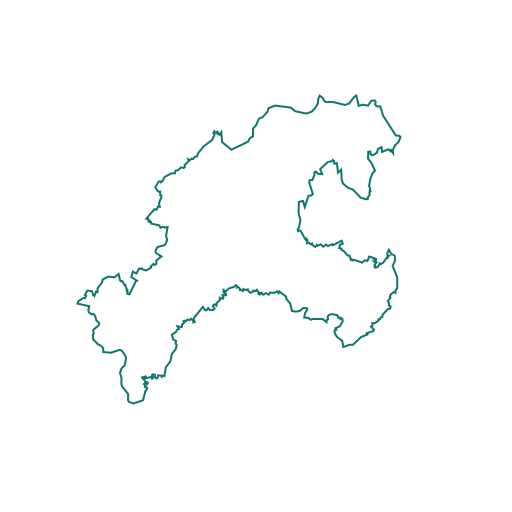 Huejutla de Reyes, Hidalgo, Mexico, rotated 147°
{"feature_id": "50627088B61765776713895", "entity_name": "Huejutla de Reyes", "entity_type": "district", "adm_level": 2, "iso_a3": "MEX", "parent_name": "Mexico", "parent_adm1": "Hidalgo", "projection": "albers", "projection_center": [-98.458, 21.143], "detail": "fine", "context": "isolated", "style": "outline", "palette": "teal", "viewbox_px": 512, "rotation_deg": 147, "n_neighbors": 0, "source": "geoboundaries", "source_scale": "gbopen_adm2", "svg_char_len": 6137}
<svg xmlns="http://www.w3.org/2000/svg" viewBox="0 0 512 512"><g transform="rotate(147 256 256)"><path d="M397.3,319.8L399.4,317.8L406.4,315.2L408.6,312.1L409.7,313.2L413.0,310.7L412.9,311.5L413.9,311.7L412.7,315.8L416.3,318.9L420.7,316.6L420.2,315.1L422.3,313.8L423.9,314.8L429.3,314.9L431.6,313.3L423.2,304.7L425.9,302.3L426.9,299.9L425.8,296.8L423.8,295.9L423.6,293.2L425.0,289.0L424.0,285.2L425.6,283.6L432.9,282.7L434.4,279.2L435.7,278.9L437.9,275.2L436.8,268.5L435.0,265.3L434.4,261.9L436.4,258.6L430.4,253.9L421.4,251.5L420.1,249.7L419.9,244.0L420.5,241.2L425.5,235.9L430.2,234.9L433.8,231.9L435.2,227.1L438.7,221.8L439.3,219.5L438.4,209.8L442.0,204.6L441.9,202.8L439.2,199.1L429.3,196.5L422.6,202.8L419.6,203.9L419.3,205.2L420.4,206.5L419.5,206.9L419.8,209.6L417.9,210.0L417.3,207.8L415.9,208.4L415.9,209.2L416.9,209.1L417.3,213.0L416.3,213.8L417.6,214.3L417.7,216.2L414.2,215.2L414.5,213.2L409.6,211.7L410.0,209.7L408.9,209.9L408.0,212.8L406.7,212.9L405.5,211.3L406.8,209.9L406.2,207.6L405.1,207.4L403.2,209.2L400.8,207.5L400.9,206.0L399.6,206.6L398.2,205.2L392.4,211.7L385.4,214.2L379.8,219.7L373.9,221.7L371.0,224.6L371.2,226.3L369.3,228.2L370.9,230.9L369.6,235.7L364.2,236.0L362.6,237.2L360.4,236.7L360.2,239.9L357.0,236.8L355.0,239.0L353.0,239.0L352.2,240.9L351.1,240.7L350.7,239.4L347.9,240.0L346.9,238.4L344.6,238.8L343.9,235.4L344.7,234.5L343.4,234.0L342.9,236.7L341.7,237.9L328.2,242.3L328.2,238.5L326.8,237.4L324.5,238.4L324.0,235.5L321.0,234.0L319.2,234.7L319.6,237.4L318.2,238.1L316.7,237.9L316.3,236.0L314.1,238.0L310.0,238.9L309.0,240.7L307.1,238.2L305.9,238.7L305.5,241.4L302.5,239.4L301.8,240.9L303.1,243.1L301.7,245.2L300.7,242.8L295.9,243.5L291.5,242.1L288.7,242.5L288.1,240.0L288.8,239.8L287.6,239.1L287.3,237.2L288.0,236.1L286.2,235.0L286.3,233.8L284.9,233.9L284.5,234.9L282.9,233.0L281.1,232.5L281.6,231.5L280.8,228.2L277.3,227.6L277.0,228.4L275.4,226.8L273.7,227.2L273.6,223.9L274.6,223.1L273.9,221.7L272.5,222.7L271.4,222.3L271.7,220.7L270.7,219.4L268.0,219.6L266.3,216.6L264.2,217.7L260.9,215.2L257.5,214.8L257.2,212.5L255.7,213.5L252.9,205.5L253.9,203.4L253.2,197.4L255.8,190.4L252.9,187.6L249.0,186.1L244.5,186.6L241.7,184.3L242.1,183.1L245.8,181.5L249.1,178.2L245.8,175.6L244.7,172.6L243.0,172.5L234.3,166.7L232.9,162.1L231.6,163.7L230.0,163.7L229.0,166.0L227.4,166.8L224.2,166.1L220.0,162.1L220.5,159.1L219.3,158.9L219.5,157.1L218.3,157.3L217.7,156.4L218.7,154.1L224.1,151.4L228.6,152.1L228.8,150.5L229.6,151.1L231.3,150.1L232.1,147.1L232.2,144.2L229.9,138.0L232.3,132.0L226.5,130.8L222.9,128.8L212.0,130.8L205.3,129.5L205.2,131.0L198.6,129.1L197.2,130.0L198.0,134.2L196.3,134.2L195.0,136.4L193.2,135.0L188.8,135.0L187.8,136.2L186.4,135.4L184.8,136.6L183.2,136.1L182.0,137.8L174.3,139.6L172.0,138.8L170.6,140.4L171.6,142.0L170.2,143.7L169.9,146.5L165.9,147.9L165.9,149.0L163.8,150.5L160.1,150.6L159.0,149.1L158.0,150.9L154.9,152.3L149.2,161.2L146.8,173.3L142.0,176.3L139.8,180.0L139.6,181.2L141.5,184.1L141.2,188.8L144.7,186.6L145.2,184.7L144.4,183.8L146.1,183.9L146.4,182.7L148.2,183.1L152.7,181.2L155.8,181.3L156.2,182.2L159.9,180.5L162.1,181.0L162.6,182.2L161.3,183.0L161.5,183.7L159.5,184.7L159.7,186.1L158.8,185.7L159.5,186.9L158.5,186.4L157.7,187.1L158.3,187.8L157.3,188.4L158.8,189.5L158.1,190.0L161.4,193.9L165.2,191.1L166.9,193.0L170.5,192.6L175.7,199.3L177.2,199.5L177.6,201.5L178.5,201.2L177.4,205.4L179.0,206.7L179.6,212.1L181.0,214.5L180.3,215.5L181.9,217.2L179.6,219.7L176.5,219.0L175.9,222.2L184.7,223.0L185.7,223.4L185.4,224.3L190.4,225.2L191.0,227.4L194.6,227.2L195.3,230.6L198.8,231.0L199.0,232.3L201.5,231.4L202.8,234.8L202.2,235.9L203.8,236.1L204.4,238.4L206.3,238.9L204.2,241.6L205.2,241.9L204.5,243.4L205.5,243.5L204.9,252.5L205.6,253.7L207.1,253.8L206.8,255.4L204.4,256.6L199.3,261.7L196.8,269.0L190.6,278.0L186.6,276.6L188.4,270.5L179.3,277.9L176.6,276.7L174.6,277.0L171.2,289.0L169.5,290.3L167.5,289.0L162.8,292.1L161.6,294.2L160.1,294.4L158.9,290.7L156.0,288.6L154.8,293.9L144.8,295.7L140.0,294.0L139.4,294.7L138.9,293.5L140.0,290.7L137.6,289.8L141.9,281.2L137.6,282.0L142.6,273.2L143.6,269.3L141.5,262.8L138.5,258.8L136.5,248.0L132.6,243.4L131.0,243.0L130.7,244.0L127.2,245.6L126.3,247.5L124.8,247.8L125.1,248.9L123.9,249.6L122.9,253.3L118.1,258.4L113.3,261.8L109.7,262.8L108.5,271.7L109.0,276.6L105.2,282.2L103.3,281.4L104.6,278.7L103.1,276.8L98.5,276.8L95.1,279.4L91.5,278.9L93.6,274.6L87.0,273.5L86.0,270.6L85.1,271.2L85.0,267.7L83.5,270.4L79.0,273.1L74.2,274.0L70.0,277.2L70.3,278.7L73.1,280.9L73.0,304.4L70.3,313.8L72.5,315.1L73.6,317.1L73.5,318.4L71.8,319.9L71.8,321.9L74.8,323.4L80.1,321.1L84.3,324.9L88.1,325.9L84.5,335.9L86.9,336.0L94.8,333.2L99.1,334.2L107.4,343.0L113.6,347.1L114.5,349.6L113.7,351.4L115.2,355.8L118.0,354.1L121.1,350.2L126.1,347.8L130.8,346.7L136.3,348.1L144.3,356.1L146.0,361.5L158.0,371.7L165.1,373.1L167.9,370.7L174.9,368.8L178.6,369.6L185.2,365.4L189.1,364.6L193.5,357.9L196.8,358.2L200.4,356.2L218.8,358.6L222.4,370.0L217.6,378.8L220.7,377.5L221.7,379.5L220.6,379.6L220.5,381.3L223.3,382.1L223.2,383.2L224.8,382.3L224.4,380.6L229.5,377.3L240.2,376.4L248.0,374.0L251.5,371.6L253.1,372.5L256.1,371.6L256.8,372.7L259.2,372.4L260.2,374.1L260.9,372.2L266.3,371.1L267.5,369.2L268.8,369.2L270.4,371.1L275.1,370.5L277.0,371.5L279.1,369.5L281.6,371.3L289.3,372.1L293.7,369.7L295.4,369.6L295.1,370.3L296.9,371.4L302.9,368.7L303.2,365.3L302.6,362.9L301.3,362.3L303.3,359.0L302.5,358.4L302.9,357.2L308.6,353.2L309.9,349.6L311.2,350.9L314.1,349.0L315.7,350.6L327.6,347.1L326.1,345.9L327.0,344.9L326.3,344.1L327.0,343.4L326.0,342.9L326.6,342.2L325.6,341.6L326.2,340.2L320.4,334.3L320.7,331.7L317.9,331.1L316.9,329.5L314.3,328.5L320.3,322.1L321.8,317.8L325.0,315.6L326.8,314.9L333.7,317.2L337.1,315.4L338.4,313.4L335.6,307.1L342.0,306.5L344.0,303.6L345.9,303.8L346.3,305.2L349.8,304.6L350.2,303.4L356.1,303.7L358.9,307.2L358.0,308.3L359.2,307.7L360.7,309.2L365.9,306.5L367.8,310.0L372.1,306.1L369.3,300.2L370.6,300.2L383.0,292.8L384.6,294.4L383.1,296.0L383.5,297.0L382.2,297.8L382.7,298.7L381.3,302.9L382.1,303.1L381.8,307.9L383.1,308.3L383.3,309.5L381.0,315.8L386.1,315.1L391.1,319.2L397.3,319.8Z" fill="none" stroke="#0f766e" stroke-width="2"/></g></svg>